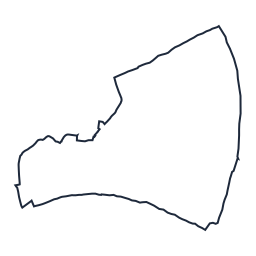 the district of Pikine, Dakar, Senegal
{"feature_id": "50182788B8601261498481", "entity_name": "Pikine", "entity_type": "district", "adm_level": 2, "iso_a3": "SEN", "parent_name": "Senegal", "parent_adm1": "Dakar", "projection": "natural_earth1", "projection_center": [-17.365, 14.773], "detail": "fine", "context": "isolated", "style": "outline", "palette": "slate", "viewbox_px": 256, "rotation_deg": 0, "n_neighbors": 0, "source": "geoboundaries", "source_scale": "gbopen_adm2", "svg_char_len": 2710}
<svg xmlns="http://www.w3.org/2000/svg" viewBox="0 0 256 256"><path d="M34.0,206.4L35.2,206.0L38.7,205.2L42.5,204.1L44.9,203.2L46.4,202.6L49.6,201.3L54.1,199.3L57.3,198.6L58.4,198.1L59.9,197.5L60.7,197.2L62.0,196.8L66.1,196.3L71.7,195.2L75.4,195.3L78.7,194.9L81.5,194.9L83.5,194.5L88.6,194.0L91.7,193.7L95.5,193.7L98.9,194.7L101.2,194.9L101.5,194.4L104.7,194.7L109.5,195.3L113.6,194.9L116.9,196.3L120.8,196.6L125.4,198.0L128.8,199.0L131.9,200.4L135.7,200.9L139.9,202.6L140.8,202.5L141.2,202.4L143.0,202.2L146.4,202.0L149.2,203.3L154.0,205.6L159.3,209.0L159.6,209.0L163.5,209.6L167.6,212.6L171.4,214.0L174.8,214.7L179.2,217.7L182.3,219.2L186.0,220.6L189.1,222.3L192.7,223.6L195.1,223.7L198.2,226.2L202.1,228.0L205.2,229.9L209.8,223.4L212.9,222.8L215.7,223.8L217.7,222.9L219.1,217.7L222.3,209.7L223.5,203.4L224.6,199.8L226.8,194.4L227.5,190.6L228.2,187.4L229.2,182.8L230.1,178.3L230.7,176.6L232.1,171.9L233.6,170.9L237.6,158.4L238.2,158.7L237.4,156.6L238.5,148.7L239.1,135.4L239.1,129.2L239.3,123.6L240.6,113.6L240.5,95.8L237.9,78.8L237.3,70.7L234.0,58.8L230.0,48.8L230.0,48.7L229.6,48.0L226.8,42.4L225.5,36.8L218.8,26.1L217.3,27.1L215.2,27.8L212.3,28.7L209.9,30.1L206.4,31.3L202.7,33.4L197.5,35.2L193.8,37.6L189.7,39.7L186.9,41.4L183.4,43.1L179.4,45.4L178.0,46.0L175.0,47.3L171.6,49.7L168.2,52.7L165.7,53.7L161.7,54.7L158.2,55.8L155.6,58.1L152.8,60.5L149.7,62.7L145.9,63.7L142.6,64.9L138.5,66.7L137.6,68.1L132.5,70.0L128.0,71.5L127.0,72.0L126.8,72.1L124.7,73.1L119.9,75.1L116.5,76.6L114.3,77.6L116.2,84.6L118.8,91.9L120.2,95.2L120.9,97.0L121.3,97.9L121.4,98.4L121.5,99.2L121.6,100.0L121.4,101.2L121.0,101.9L120.8,102.8L120.2,103.8L119.9,104.3L116.5,109.7L115.4,112.3L114.7,113.2L111.9,115.8L110.6,117.4L110.2,118.2L107.8,120.8L107.3,121.4L105.0,123.6L104.6,124.1L102.7,121.9L100.3,121.5L99.2,121.3L99.0,122.8L98.5,126.3L98.3,128.3L99.6,129.2L97.6,131.7L97.7,131.8L94.7,135.1L95.3,135.6L94.3,137.0L93.5,136.8L92.5,140.2L88.5,140.2L85.0,141.3L81.6,141.0L76.9,140.4L77.0,136.0L77.3,135.3L76.7,135.6L74.4,135.3L71.4,134.9L68.6,134.5L67.5,134.5L66.5,134.8L65.3,135.5L63.8,137.1L61.9,140.3L61.6,141.3L61.5,141.5L61.4,141.5L60.9,141.6L60.8,141.9L60.3,142.5L60.1,142.9L60.0,143.0L57.7,141.8L55.6,141.4L53.0,138.4L49.8,136.5L48.8,136.1L48.0,136.1L46.5,136.9L44.2,139.0L42.7,139.9L41.9,139.7L40.6,139.6L39.3,139.8L38.2,140.1L36.8,141.5L35.5,143.2L33.1,145.6L31.1,147.0L29.8,147.8L27.7,149.4L25.0,150.8L23.4,152.0L22.4,153.0L21.5,154.7L20.3,155.8L19.6,158.5L18.7,163.2L18.6,164.8L18.8,170.3L19.1,176.0L19.7,183.1L19.7,184.4L18.7,184.7L15.4,185.3L16.4,186.8L17.2,187.6L18.1,191.3L19.1,197.2L20.3,202.0L21.2,205.4L21.8,206.8L22.3,207.6L31.5,200.8L31.6,200.7L34.0,206.4Z" fill="none" stroke="#1e293b" stroke-width="2"/></svg>